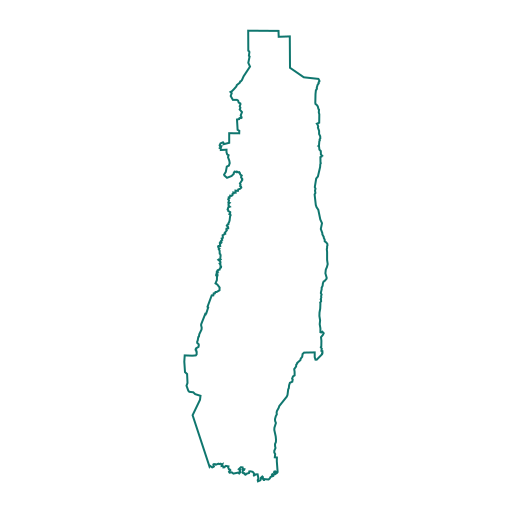 Punilla, Córdoba, Argentina
{"feature_id": "61730980B72863725650935", "entity_name": "Punilla", "entity_type": "district", "adm_level": 2, "iso_a3": "ARG", "parent_name": "Argentina", "parent_adm1": "Córdoba", "projection": "orthographic", "projection_center": [-64.597, -31.2], "detail": "fine", "context": "isolated", "style": "outline", "palette": "teal", "viewbox_px": 512, "rotation_deg": 0, "n_neighbors": 0, "source": "geoboundaries", "source_scale": "gbopen_adm2", "svg_char_len": 6087}
<svg xmlns="http://www.w3.org/2000/svg" viewBox="0 0 512 512"><path d="M318.4,78.9L303.8,77.3L290.0,67.8L289.8,36.4L278.7,36.8L278.5,30.9L248.2,30.7L248.3,50.7L249.2,51.4L249.4,52.1L248.9,55.8L249.6,56.5L248.3,62.8L250.0,66.6L243.6,76.3L241.9,80.1L240.9,81.3L240.2,81.5L239.8,82.7L236.8,85.1L236.3,86.5L233.8,89.3L231.8,91.3L230.5,92.0L231.7,93.2L230.7,96.0L232.9,99.9L236.9,99.9L238.1,100.6L238.7,102.6L240.3,103.4L240.5,104.1L239.7,106.2L240.4,107.8L239.7,109.5L242.0,112.1L240.7,115.4L241.6,117.3L241.5,117.9L241.0,118.1L240.4,117.7L239.3,118.3L239.1,119.1L237.0,119.5L237.6,129.8L239.3,130.8L239.2,133.3L229.2,133.2L229.2,142.8L223.6,144.2L223.5,142.9L223.0,142.3L220.5,143.4L219.6,145.3L219.9,146.0L221.4,146.2L221.1,147.1L219.8,148.1L221.2,149.3L221.0,150.0L226.5,149.7L226.5,152.3L227.2,154.4L228.6,155.2L228.0,157.2L229.3,160.7L229.7,163.1L228.9,165.6L226.8,166.6L225.8,171.9L224.1,174.6L224.4,175.5L227.0,177.8L231.6,176.0L233.8,173.8L233.8,172.8L234.6,171.6L235.6,171.9L236.4,171.6L236.9,172.2L237.6,171.8L238.5,172.5L239.3,172.2L240.0,173.3L240.2,174.5L241.7,175.5L241.1,176.8L241.1,177.5L242.2,178.8L242.0,179.5L242.3,179.9L239.9,183.5L240.6,184.9L240.1,186.0L241.1,186.8L241.3,187.6L240.2,188.7L238.2,189.5L237.9,190.9L235.5,190.6L235.6,192.7L233.4,192.5L233.6,193.4L232.5,193.9L232.4,195.3L231.4,195.9L230.2,195.6L229.9,196.7L228.8,197.3L229.4,198.1L228.2,199.2L229.0,200.5L228.4,202.5L229.6,202.9L228.5,204.2L228.6,205.6L229.8,206.7L228.3,207.3L227.6,209.6L228.2,210.2L228.3,211.1L230.2,212.1L230.2,213.0L229.4,214.1L230.5,214.8L230.6,215.3L230.1,216.2L229.6,220.5L228.9,222.6L228.4,223.2L228.4,224.3L227.5,224.6L226.8,225.7L228.1,227.0L228.2,228.3L226.5,228.6L226.3,229.2L226.8,230.3L224.7,233.0L225.2,233.8L222.6,235.3L222.9,237.5L222.6,238.2L221.7,238.5L222.2,240.0L221.2,240.8L221.5,242.5L221.0,243.0L220.4,242.0L219.8,242.9L220.2,246.0L218.4,246.0L218.1,246.7L218.7,248.1L219.4,248.5L218.8,249.3L219.6,250.6L219.7,253.7L220.4,254.4L220.6,255.6L220.2,258.9L220.6,259.4L219.4,260.0L218.7,259.5L218.3,259.8L220.3,261.5L220.5,262.9L219.6,263.5L220.6,265.1L220.4,266.0L221.1,266.6L221.0,267.5L220.0,268.2L219.6,269.6L218.6,269.8L218.2,270.4L217.6,270.3L216.9,271.6L217.4,271.8L217.1,272.3L217.6,272.7L216.7,273.2L216.3,274.5L217.0,274.5L217.6,275.0L217.3,276.0L216.7,276.1L217.0,276.6L216.9,280.0L215.5,283.4L217.3,284.5L219.6,287.5L219.5,290.3L216.6,292.0L215.5,292.0L214.8,293.4L213.7,293.4L213.3,295.4L211.7,295.4L207.5,306.8L208.2,307.4L206.2,313.6L205.4,313.6L205.1,314.2L205.3,314.8L204.8,315.1L201.2,324.2L201.1,325.2L201.7,327.8L201.5,329.6L199.3,334.2L198.9,336.6L198.3,337.0L197.7,340.5L197.2,341.6L197.2,342.9L198.7,344.3L198.8,345.3L198.5,346.9L196.1,348.3L195.6,349.3L195.7,350.0L196.3,350.2L196.3,351.6L196.7,351.9L196.6,354.4L195.8,355.4L192.4,355.7L184.7,355.4L184.3,361.7L185.0,372.1L187.1,374.0L187.5,383.0L186.5,385.7L188.3,390.7L189.3,391.8L193.3,392.3L195.1,394.1L200.5,395.8L200.0,399.8L192.6,415.2L209.5,466.6L210.0,465.8L212.2,467.4L213.3,466.9L213.9,466.5L213.3,464.8L213.5,464.3L214.0,464.1L215.3,464.2L215.8,464.7L218.4,463.7L219.1,464.1L220.5,463.7L221.2,464.0L221.4,464.7L222.4,464.2L221.8,466.0L222.6,465.9L223.3,466.6L223.4,467.4L224.2,467.3L224.2,466.7L224.8,466.8L225.9,465.9L228.4,466.4L228.1,467.2L228.9,469.2L229.8,469.5L230.3,470.1L229.0,471.8L229.6,472.7L231.7,472.3L233.4,473.6L238.6,472.5L239.0,472.7L238.9,473.3L239.2,473.5L240.3,472.2L239.7,470.5L240.3,469.8L238.9,469.1L240.9,467.2L242.6,467.4L242.8,468.8L244.4,469.2L244.0,470.0L242.9,470.1L242.6,472.6L243.1,473.1L244.4,473.2L244.6,474.1L245.0,474.5L245.6,474.7L246.6,473.7L249.0,473.0L249.3,471.4L250.3,471.3L252.6,471.8L253.7,473.0L254.3,474.2L253.8,475.1L254.0,475.5L256.0,474.3L257.6,474.3L258.4,478.4L257.7,480.1L258.0,481.3L260.3,480.3L260.7,479.6L260.9,477.8L262.3,476.5L262.9,477.1L262.8,478.7L263.8,480.0L264.1,480.0L264.4,479.1L268.5,479.5L269.7,478.5L270.6,476.9L272.8,476.1L271.9,474.9L272.4,474.1L274.0,474.7L275.3,474.1L275.4,473.6L274.0,472.3L274.4,471.5L275.3,471.4L276.7,473.1L277.1,472.8L277.3,471.7L277.6,471.7L276.8,461.1L276.9,457.5L274.8,457.3L275.2,454.1L274.3,452.5L274.3,450.8L275.5,448.0L275.1,446.4L275.0,444.1L275.9,442.0L276.0,439.6L275.7,436.4L274.3,430.0L274.4,427.8L275.9,423.0L275.1,420.9L275.0,419.1L275.8,416.2L276.8,414.3L276.6,412.7L276.9,411.1L278.7,407.8L279.3,406.0L286.8,396.6L287.5,394.9L288.2,389.3L288.8,388.2L289.1,385.3L289.9,382.8L292.3,381.7L292.7,379.5L292.1,378.7L293.0,376.4L294.6,375.4L294.6,371.9L294.2,369.1L296.1,366.5L296.2,364.8L297.2,363.5L297.2,362.9L300.4,360.1L300.7,358.7L302.2,356.8L302.6,354.0L304.1,352.6L314.7,352.4L314.7,357.1L315.5,359.7L316.7,359.7L322.1,354.2L322.0,353.3L322.5,353.0L322.4,351.1L321.4,350.9L321.4,350.4L321.8,348.7L320.8,347.2L321.3,346.4L321.4,340.8L321.0,337.2L322.9,334.9L323.7,333.2L322.3,331.7L321.2,332.5L320.4,332.2L320.4,328.3L319.7,324.2L320.1,320.4L319.4,316.0L319.5,312.5L320.2,308.7L320.4,303.8L320.2,302.5L321.1,301.4L321.0,299.6L320.7,299.3L321.3,297.4L321.1,296.1L321.6,294.4L320.9,293.4L320.9,292.6L321.7,289.1L321.6,287.8L322.6,285.8L322.9,283.3L323.6,281.5L324.7,280.9L325.8,279.6L326.5,278.8L326.7,277.9L325.4,273.3L325.8,269.6L326.9,267.1L327.7,264.1L327.1,260.0L327.1,252.0L326.8,249.1L327.1,248.0L327.1,246.2L327.5,245.3L327.3,243.8L326.2,242.4L324.7,241.3L324.7,239.7L323.8,237.9L323.7,236.8L322.4,234.5L322.3,233.0L320.8,229.0L322.0,223.2L320.3,219.5L318.3,209.8L316.5,207.1L315.8,205.0L314.6,194.4L315.4,193.0L315.0,190.6L315.5,188.7L314.8,187.1L316.2,178.5L317.9,176.5L320.1,167.1L320.3,164.1L320.8,163.1L320.5,162.6L320.4,157.1L321.6,156.5L321.7,155.7L322.0,155.6L320.9,154.5L320.8,151.1L319.4,149.6L319.0,146.1L318.5,145.9L319.0,145.4L319.3,141.2L319.8,140.5L319.6,139.4L320.3,138.4L320.2,136.2L319.1,134.0L319.1,130.9L317.9,127.6L318.2,126.5L317.6,124.7L316.9,123.7L319.2,122.7L319.3,114.3L318.8,112.4L319.0,109.7L318.4,108.9L317.8,106.4L316.7,104.9L315.5,104.0L315.3,102.9L315.5,94.1L315.9,90.2L316.7,89.3L316.9,88.4L316.7,88.0L317.6,84.8L318.7,83.4L318.5,82.8L318.8,82.0L319.4,81.5L319.4,80.7L318.4,78.9Z" fill="none" stroke="#0f766e" stroke-width="2"/></svg>